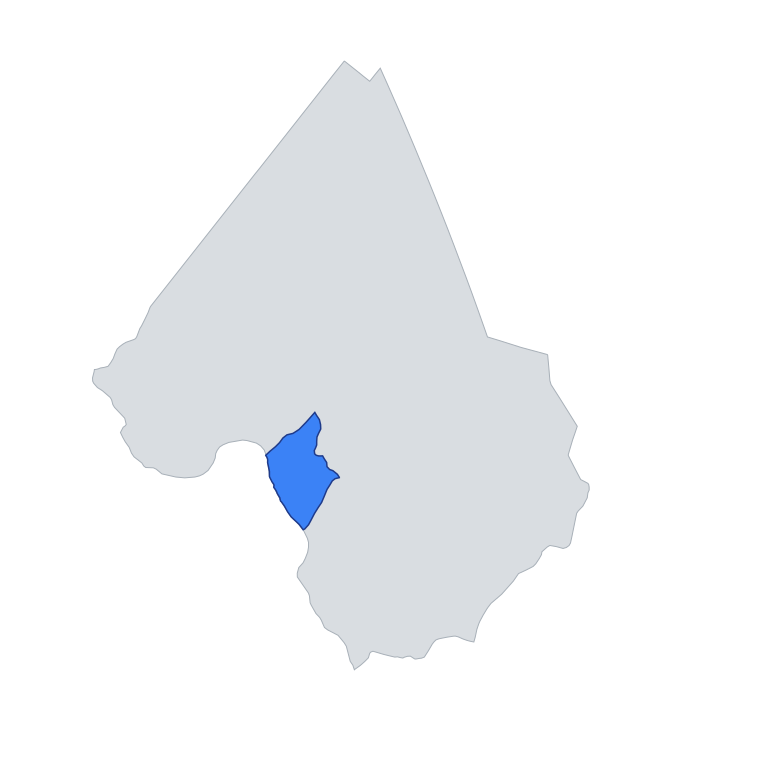 where Surt sits in Libya, rotated 222°
{"feature_id": "LBY-2985", "entity_name": "Surt", "entity_type": "Municipality", "adm_level": 1, "iso_a3": "LBY", "parent_name": "Libya", "parent_adm1": "", "projection": "albers", "projection_center": [17.512, 29.873], "detail": "fine", "context": "in_parent", "style": "filled", "palette": "blue", "viewbox_px": 768, "rotation_deg": 222, "n_neighbors": 0, "source": "natural_earth", "source_scale": "10m", "svg_char_len": 4229}
<svg xmlns="http://www.w3.org/2000/svg" viewBox="0 0 768 768"><g transform="rotate(222 384 384)"><path d="M151.0,248.9L154.6,247.4L159.8,245.7L162.4,244.3L163.6,243.1L167.7,238.1L169.8,235.3L172.7,231.4L174.1,228.7L174.3,226.1L174.1,223.0L172.5,215.4L171.3,208.0L172.7,205.3L173.9,204.0L176.4,200.8L177.3,200.2L182.3,199.4L184.4,197.3L186.1,194.5L186.6,193.0L188.8,191.6L191.5,190.2L193.2,188.3L198.5,185.4L203.4,182.8L209.1,180.1L213.4,178.0L214.4,176.0L214.4,174.2L212.4,170.1L212.6,165.4L213.0,161.4L213.3,159.1L214.7,152.7L214.8,151.8L219.0,154.2L223.5,155.3L236.5,163.9L240.6,165.1L250.0,166.5L261.1,163.6L265.3,163.2L272.5,166.5L275.7,167.5L281.0,167.9L290.2,171.0L292.5,172.0L297.7,176.7L300.3,178.1L319.3,182.6L321.9,185.4L324.5,190.6L324.5,197.0L325.8,201.7L328.1,207.8L330.9,212.2L334.1,215.8L337.8,218.1L346.2,221.5L355.8,222.9L365.4,223.4L382.0,228.0L396.1,233.3L399.6,235.8L406.7,238.4L420.9,250.6L428.8,254.8L434.3,255.5L439.3,254.7L448.0,250.3L451.6,247.7L460.2,236.8L462.9,231.2L464.0,227.2L463.6,223.2L462.5,219.7L459.9,216.0L458.1,211.0L456.9,202.1L458.1,195.9L459.7,192.2L462.3,188.3L469.3,180.9L476.4,175.6L488.9,168.6L496.3,168.3L499.3,167.4L505.2,162.5L507.6,162.3L511.1,163.3L521.0,162.6L525.5,163.7L530.9,166.4L537.6,167.9L542.3,169.5L547.4,171.6L548.9,177.4L548.4,179.1L548.4,181.4L553.8,185.1L568.6,186.3L571.6,187.2L575.9,190.0L578.5,190.8L588.7,190.6L594.6,189.6L600.3,190.3L602.4,191.2L604.7,193.5L607.7,199.2L608.9,201.0L607.8,202.1L606.4,204.2L605.5,206.1L603.0,209.2L600.9,212.5L601.4,217.1L602.3,221.8L604.1,226.3L605.7,231.3L605.5,234.7L604.7,238.9L603.6,242.4L599.6,249.7L599.0,251.5L599.4,253.8L602.6,262.0L603.0,264.7L605.2,272.7L607.1,279.2L609.1,284.3L609.4,285.7L609.9,293.4L610.4,301.0L610.9,308.7L611.4,316.3L611.9,324.0L612.4,331.6L612.9,339.3L613.4,346.9L613.9,354.6L614.4,362.3L614.9,369.9L615.4,377.5L615.9,385.2L616.4,392.8L616.9,400.5L617.4,408.1L617.9,415.7L618.4,423.4L618.9,431.0L619.4,438.6L619.9,446.3L620.4,453.9L620.8,461.5L621.3,469.1L621.8,476.8L622.3,484.4L622.8,492.0L623.3,499.6L623.8,507.2L624.3,514.8L624.8,522.4L625.3,530.0L626.4,546.8L627.5,563.6L628.6,580.4L629.6,597.2L629.5,597.3L629.4,597.3L629.3,597.5L621.2,598.0L613.2,598.5L605.2,598.9L597.2,599.4L597.4,603.6L597.7,607.8L597.9,612.0L598.1,616.2L582.1,609.1L566.1,601.9L550.2,594.7L534.3,587.3L518.5,579.9L502.8,572.4L487.1,564.9L471.5,557.3L455.9,549.6L440.5,541.9L425.0,534.0L409.7,526.1L394.4,518.2L379.2,510.2L364.1,502.1L349.0,493.9L338.6,488.2L327.3,493.5L318.3,497.6L306.6,502.9L293.0,509.8L282.5,515.1L282.0,515.1L281.6,514.9L271.1,505.2L263.0,497.5L259.4,495.3L243.8,491.0L228.4,486.6L212.1,481.9L209.4,475.7L206.5,468.8L202.4,460.2L199.9,455.0L199.1,454.1L186.8,449.4L173.9,444.6L166.0,446.6L164.7,446.3L162.6,444.7L160.6,442.5L159.6,439.5L156.8,435.4L154.5,426.4L154.7,419.3L154.3,416.8L148.2,406.4L142.6,396.9L139.0,390.6L138.4,387.8L139.1,384.5L140.9,381.6L147.1,378.5L152.7,375.0L153.6,372.3L154.4,365.0L152.8,362.5L151.8,358.1L150.9,352.0L151.1,348.2L153.9,340.8L157.2,333.1L156.0,324.2L155.9,306.5L157.7,292.6L157.3,287.6L157.0,285.4L155.7,278.7L154.0,271.8L153.2,269.4L150.8,263.8L146.7,256.7L144.6,252.4L148.0,250.4L151.0,248.9Z" fill="#d9dde1" stroke="#a8b0b8" stroke-width="1"/><path d="M346.6,221.6L353.1,222.9L363.9,223.1L370.1,224.5L376.5,226.7L381.5,227.8L382.5,227.8L382.8,228.0L383.0,228.1L384.0,228.7L384.9,229.5L385.2,229.7L385.5,229.8L389.8,231.1L392.0,232.2L394.5,233.0L396.6,233.4L397.0,233.7L397.8,235.0L398.4,235.4L398.9,235.7L401.6,236.3L406.2,238.1L407.2,238.6L408.0,239.4L410.7,242.4L417.9,247.7L419.5,249.6L420.4,250.4L422.4,251.4L423.6,251.6L424.2,251.9L423.7,258.1L422.7,264.8L422.4,270.5L423.0,276.2L422.1,281.3L418.6,286.4L416.7,293.4L416.3,303.3L416.4,316.0L416.4,316.6L413.0,315.5L408.2,314.3L404.0,311.4L400.9,308.2L399.6,303.5L398.3,299.7L395.8,296.5L393.2,293.6L392.0,290.4L391.3,287.9L388.8,285.7L386.6,285.7L384.3,286.9L381.5,289.5L378.6,288.5L374.1,287.3L371.0,284.4L367.2,284.1L364.0,285.4L358.2,285.7L354.7,284.7L354.2,285.0L357.0,280.9L357.6,277.4L356.7,272.9L355.8,267.5L353.3,260.6L351.1,254.2L350.2,247.9L349.0,241.2L347.1,233.9L345.9,228.9L345.9,223.2L346.5,222.0L346.6,221.6L346.6,221.6Z" fill="#3b82f6" stroke="#1e3a8a" stroke-width="1.5"/></g></svg>